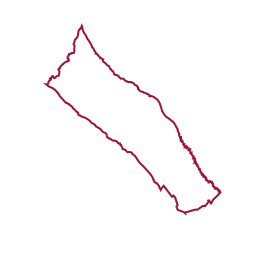 the district of Cartisoara, Sibiu, Romania, rotated 144°
{"feature_id": "2599482B67605816881014", "entity_name": "Cartisoara", "entity_type": "district", "adm_level": 2, "iso_a3": "ROU", "parent_name": "Romania", "parent_adm1": "Sibiu", "projection": "albers", "projection_center": [24.579, 45.672], "detail": "fine", "context": "isolated", "style": "outline", "palette": "rose", "viewbox_px": 256, "rotation_deg": 144, "n_neighbors": 0, "source": "geoboundaries", "source_scale": "gbopen_adm2", "svg_char_len": 5633}
<svg xmlns="http://www.w3.org/2000/svg" viewBox="0 0 256 256"><g transform="rotate(144 128 128)"><path d="M168.4,211.1L167.5,207.8L165.3,204.2L165.3,203.0L164.5,202.0L164.4,199.1L164.0,198.0L164.4,196.8L164.1,195.8L164.5,194.1L163.5,185.4L163.3,184.7L162.5,183.9L162.5,183.4L162.1,182.8L162.1,181.9L161.5,181.6L161.5,180.5L160.9,179.3L160.9,178.6L160.6,177.8L161.0,176.4L160.6,175.6L160.6,174.9L160.3,174.1L160.4,173.2L160.1,172.6L160.0,171.0L159.5,170.4L159.4,170.0L159.5,169.2L159.9,169.0L160.4,167.5L159.2,165.9L158.5,164.0L157.1,162.3L155.6,159.2L154.6,155.8L154.6,154.0L152.8,150.1L153.0,148.1L151.0,143.7L150.7,140.1L150.2,138.7L149.4,137.7L148.9,135.9L149.1,135.3L150.0,133.9L150.3,133.2L150.3,132.6L149.7,132.0L149.6,130.8L148.9,130.3L148.9,129.6L148.4,129.1L148.2,128.1L147.4,126.3L146.5,126.0L145.9,125.1L145.1,124.3L145.1,123.9L144.9,123.4L145.0,122.0L144.9,121.2L143.6,120.3L144.2,119.2L143.5,118.2L143.9,117.6L144.2,115.5L144.8,114.0L143.1,112.2L142.9,109.9L142.5,108.7L141.2,108.0L139.5,106.1L139.5,104.9L139.8,104.2L139.1,102.8L138.7,100.5L139.1,94.7L138.7,91.3L138.0,87.3L137.0,77.9L137.2,73.5L137.8,71.3L137.7,70.9L138.2,70.3L138.0,69.3L138.4,68.5L138.0,67.7L137.4,67.0L137.0,65.0L137.1,62.6L137.6,61.3L137.9,58.6L136.4,59.5L133.1,60.3L132.8,46.5L130.9,46.6L130.9,44.9L130.6,44.3L130.9,43.5L130.9,43.0L131.5,42.2L131.5,41.3L132.0,40.4L132.0,39.8L132.2,39.7L132.4,38.6L132.8,37.9L132.8,37.3L133.1,36.5L135.0,36.0L135.9,32.5L132.3,27.2L131.9,25.4L131.5,26.2L131.2,25.9L121.4,22.4L120.0,21.1L113.2,21.0L112.7,20.2L111.8,20.2L111.4,19.5L105.7,21.1L105.7,22.1L105.1,21.9L105.1,18.2L101.1,20.0L93.3,21.0L91.4,21.6L91.8,22.3L91.1,22.4L91.0,22.8L91.4,23.5L90.7,23.3L90.7,23.6L90.9,24.3L91.5,24.7L91.2,25.3L91.5,25.5L91.4,26.1L91.8,26.4L91.6,27.0L92.4,27.0L92.9,27.3L93.0,27.9L92.8,28.1L93.2,28.2L93.0,28.5L93.0,28.8L92.7,29.4L93.0,30.1L93.3,30.1L93.4,30.8L92.8,31.5L92.9,31.8L92.6,31.9L92.1,32.5L92.1,33.0L91.9,33.0L91.9,33.3L92.5,33.7L92.3,34.3L92.5,34.5L92.4,34.8L91.8,35.1L92.1,35.6L92.3,35.3L92.4,35.8L93.8,36.1L93.6,36.4L94.0,36.4L93.8,36.8L94.4,36.7L94.4,37.2L94.8,37.2L94.7,37.6L94.4,37.7L94.5,38.1L94.7,39.0L95.2,39.5L94.7,39.6L95.0,41.0L94.4,41.3L94.7,41.7L94.2,42.1L94.6,42.4L94.3,43.4L94.7,43.6L94.4,43.7L94.5,44.1L94.9,43.9L95.3,44.7L94.9,45.4L95.0,45.7L95.4,45.5L95.2,45.7L95.7,45.9L95.7,46.1L95.6,46.6L95.3,46.7L95.7,46.9L95.6,47.6L95.1,48.0L95.1,48.6L94.9,48.7L95.3,49.4L94.8,49.6L94.7,50.9L94.5,51.5L94.9,51.9L94.7,52.1L94.7,52.4L94.1,52.5L94.7,53.4L94.0,55.1L94.3,56.4L93.9,56.5L93.9,57.4L93.7,57.2L93.5,57.5L93.8,57.6L93.8,58.7L94.2,59.2L93.1,60.4L93.3,60.8L93.7,60.9L93.4,61.0L93.6,61.4L93.4,61.6L93.7,61.8L93.3,62.1L93.6,62.2L93.0,62.3L93.2,62.9L91.9,63.7L92.1,64.7L92.8,65.0L92.4,65.2L92.6,65.3L92.4,65.5L92.6,65.7L92.0,66.0L91.9,66.2L92.0,66.4L91.7,66.7L92.0,67.8L92.2,68.0L92.0,69.0L91.7,69.4L91.9,69.7L91.9,70.1L91.6,70.4L91.9,70.4L91.8,70.8L92.1,71.0L91.9,71.1L91.7,72.0L91.4,72.5L91.1,72.8L91.2,73.2L91.1,73.7L91.4,73.9L91.1,74.0L91.2,74.3L90.7,74.4L91.3,74.8L91.0,74.9L90.8,75.6L91.3,75.6L91.2,75.8L91.6,76.3L91.4,76.5L91.5,76.7L92.0,77.0L91.6,77.5L92.3,77.6L91.6,78.7L92.1,78.8L91.8,78.9L91.8,79.1L92.2,79.4L92.3,79.2L92.3,79.6L92.5,79.4L93.1,79.9L92.9,80.6L93.1,81.1L92.4,81.7L92.6,82.0L92.1,82.1L92.3,82.4L92.1,82.7L92.3,84.4L92.1,84.6L92.3,84.8L92.1,85.0L92.6,85.1L92.6,85.4L92.2,85.7L92.6,86.2L92.1,86.6L92.1,87.0L91.7,87.1L91.8,87.3L91.5,87.8L91.9,87.8L91.7,88.0L91.8,88.3L91.4,88.6L91.5,89.0L91.0,89.2L91.2,89.5L90.7,89.8L91.2,90.1L90.9,90.4L91.2,91.1L91.2,91.6L90.5,92.7L89.9,93.0L89.9,94.3L89.4,95.8L89.5,96.5L88.6,97.5L88.5,99.1L87.9,103.4L87.8,105.1L88.1,107.0L88.8,109.2L88.8,109.9L90.6,114.9L90.7,117.8L90.5,121.7L89.5,124.0L87.8,129.5L87.6,130.7L87.6,133.7L87.9,135.0L88.5,136.2L88.6,137.2L88.8,137.9L90.4,140.3L91.5,140.6L91.9,141.0L92.0,141.4L91.2,142.5L92.2,143.8L92.3,144.5L92.8,144.7L93.7,146.7L94.4,147.3L94.8,148.5L95.6,149.3L96.6,151.1L96.7,152.5L96.5,153.0L97.0,153.6L95.9,155.0L96.3,155.8L95.8,156.8L97.2,158.9L97.0,159.9L97.5,161.7L98.0,162.6L98.7,162.9L98.9,163.8L100.6,164.8L101.4,165.8L101.4,166.5L102.0,167.0L102.5,167.9L102.5,169.1L102.7,170.6L104.8,172.1L104.8,172.8L105.4,174.8L105.1,175.5L105.2,176.3L106.2,177.5L106.6,178.2L107.2,178.4L107.6,179.2L106.8,182.6L107.5,184.3L107.2,185.4L107.6,186.5L107.0,189.4L108.0,191.1L108.1,193.9L108.6,194.6L108.6,195.2L109.0,195.7L108.8,197.3L107.7,198.1L108.4,198.9L108.5,200.1L109.5,200.7L109.1,202.1L109.5,203.8L109.4,204.3L109.7,205.0L109.4,206.2L110.5,207.3L109.6,208.5L109.8,210.4L109.2,212.8L109.6,214.3L109.3,214.9L109.1,216.2L108.7,217.0L108.7,218.8L108.4,219.9L108.5,221.2L108.3,222.2L108.5,223.7L108.4,224.5L108.1,224.9L108.1,226.0L107.7,226.9L107.8,227.8L107.6,228.8L107.7,231.1L107.2,232.5L106.9,234.1L105.8,236.4L105.4,237.8L107.2,236.6L108.0,236.6L108.4,236.2L110.0,236.2L110.9,235.6L114.7,231.8L116.9,230.9L118.9,230.6L120.0,229.9L120.8,229.0L121.8,228.6L122.9,227.6L122.8,226.5L123.2,225.6L125.4,223.2L126.0,221.9L127.9,220.5L129.0,221.4L129.8,221.4L129.9,221.8L130.9,222.2L132.1,221.8L132.4,222.4L133.8,221.4L134.5,221.3L135.3,220.8L135.7,219.9L136.0,219.6L135.6,218.8L136.0,218.7L136.2,218.1L136.6,217.8L136.4,217.3L137.4,217.2L138.7,217.9L141.0,218.2L143.1,217.8L143.7,218.1L145.5,217.5L146.3,217.6L147.4,216.7L148.1,216.8L148.4,216.5L148.6,216.7L149.9,216.4L150.1,214.3L150.5,213.6L153.1,211.1L154.8,211.7L156.9,211.7L157.4,211.4L158.4,211.7L158.5,212.9L158.2,213.9L158.5,214.4L159.4,214.3L160.8,213.4L161.3,213.9L162.1,214.0L162.3,213.4L161.8,212.6L161.9,212.4L163.8,212.6L164.7,212.0L165.5,211.9L165.9,211.4L166.7,210.9L168.0,210.7L168.4,211.1Z" fill="none" stroke="#9f1239" stroke-width="2"/></g></svg>